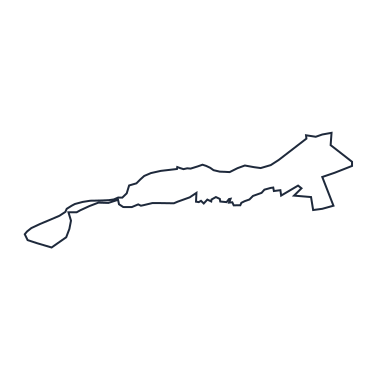 outline of Bektemir, Tashkent, Uzbekistan, rotated 24°
{"feature_id": "79887680B40109116454398", "entity_name": "Bektemir", "entity_type": "district", "adm_level": 2, "iso_a3": "UZB", "parent_name": "Uzbekistan", "parent_adm1": "Tashkent", "projection": "natural_earth1", "projection_center": [69.289, 41.186], "detail": "fine", "context": "isolated", "style": "outline", "palette": "slate", "viewbox_px": 384, "rotation_deg": 24, "n_neighbors": 0, "source": "geoboundaries", "source_scale": "gbopen_adm2", "svg_char_len": 1542}
<svg xmlns="http://www.w3.org/2000/svg" viewBox="0 0 384 384"><g transform="rotate(24 192 192)"><path d="M131.9,211.6L132.9,219.8L130.6,225.5L126.8,227.1L123.6,230.6L119.3,233.3L113.3,236.3L107.0,239.3L102.7,241.3L96.2,245.5L89.9,250.6L87.7,253.4L84.4,258.3L84.4,261.7L80.6,267.6L73.0,275.8L66.2,283.0L59.9,290.3L57.4,295.1L56.4,298.6L61.4,302.8L71.2,301.8L86.3,299.8L95.5,284.5L95.0,275.6L93.1,267.4L87.4,260.8L94.9,257.4L97.4,254.1L104.0,246.6L110.8,239.8L120.0,236.0L127.6,229.2L130.3,232.9L135.3,233.7L143.1,230.3L147.9,225.2L150.9,225.3L152.6,224.1L160.2,218.3L166.2,215.6L180.0,209.7L182.8,206.7L192.1,197.8L196.4,191.0L199.6,199.2L202.3,198.5L203.8,196.4L207.4,197.7L209.1,192.7L213.4,192.8L212.9,190.9L215.9,186.9L220.2,187.0L221.7,189.2L227.7,187.2L228.7,183.4L230.0,182.5L230.2,186.6L233.0,185.0L235.5,187.2L241.5,184.5L241.5,181.8L243.8,179.0L247.5,175.5L249.3,170.8L255.9,164.5L257.2,160.4L262.2,156.3L264.4,154.9L266.4,157.8L272.0,154.4L274.9,159.0L286.3,143.0L290.5,144.1L286.7,153.8L302.8,148.2L310.0,159.2L317.8,154.4L326.8,147.0L304.9,125.3L314.5,116.4L327.6,103.1L325.9,99.3L299.6,92.8L295.4,81.2L287.6,86.5L282.6,91.2L273.1,93.8L274.8,96.7L258.1,127.6L253.0,135.4L245.0,142.2L238.5,144.1L229.5,146.3L223.9,151.7L218.3,158.5L213.6,160.3L209.1,162.1L202.8,163.3L198.8,162.5L194.3,162.4L190.5,162.8L186.8,166.3L181.2,171.2L178.0,172.3L174.9,174.6L171.2,175.0L168.4,175.2L168.9,177.1L164.7,179.6L154.9,185.4L146.8,191.4L141.8,196.8L139.7,201.5L137.7,206.7L131.9,211.6Z" fill="none" stroke="#1e293b" stroke-width="2"/></g></svg>